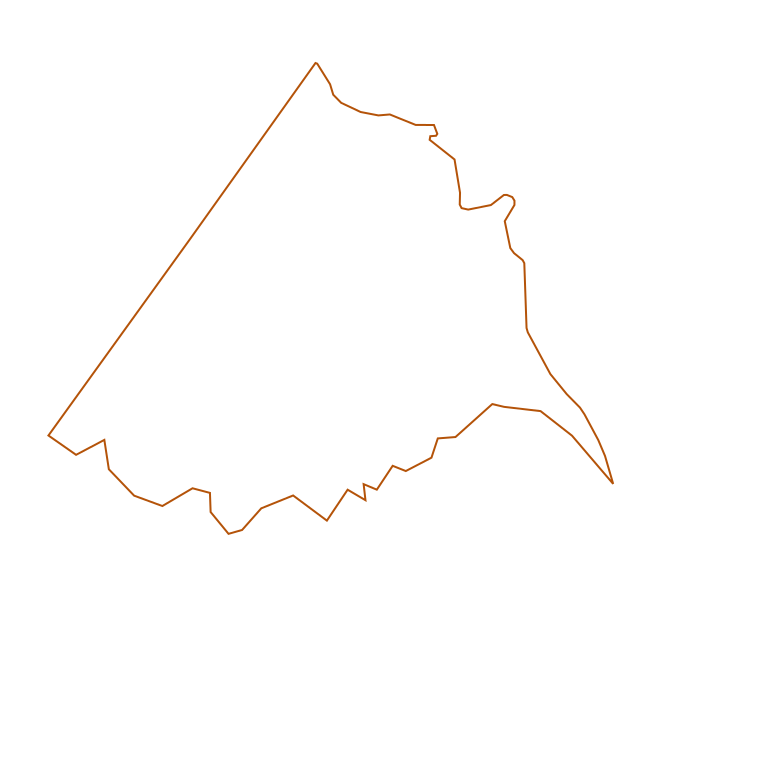 Orange, Texas, United States of America, rotated 306°
{"feature_id": "52423323B30055377123023", "entity_name": "Orange", "entity_type": "district", "adm_level": 2, "iso_a3": "USA", "parent_name": "United States of America", "parent_adm1": "Texas", "projection": "orthographic", "projection_center": [-93.846, 30.055], "detail": "fine", "context": "isolated", "style": "outline", "palette": "amber", "viewbox_px": 768, "rotation_deg": 306, "n_neighbors": 0, "source": "geoboundaries", "source_scale": "gbopen_adm2", "svg_char_len": 1006}
<svg xmlns="http://www.w3.org/2000/svg" viewBox="0 0 768 768"><g transform="rotate(306 384 384)"><path d="M385.5,141.9L145.1,142.8L145.7,176.5L174.4,190.6L153.3,211.5L146.8,247.5L155.0,276.4L187.1,290.4L193.6,307.2L178.5,319.0L171.4,346.3L182.5,355.0L211.3,357.8L240.4,376.0L239.9,418.1L277.1,416.7L279.1,437.3L291.0,426.4L294.3,440.3L322.9,439.1L326.4,452.8L352.3,465.7L371.6,459.5L383.1,473.0L431.4,483.4L436.1,494.6L454.1,526.6L452.7,566.5L437.9,628.1L455.7,605.1L464.6,590.3L477.3,564.0L480.1,556.4L483.2,537.8L489.8,512.8L510.3,470.0L513.1,466.4L564.2,426.5L565.7,423.4L566.3,412.3L568.2,406.3L584.5,388.4L586.7,386.0L605.5,384.3L609.0,381.8L610.6,377.9L609.2,372.3L607.4,369.9L591.6,365.3L574.6,349.6L571.9,343.4L573.7,339.8L583.4,333.1L607.1,309.1L608.4,277.4L611.7,275.8L615.4,280.2L617.7,280.1L622.9,272.2L612.2,257.3L608.0,240.5L605.5,230.3L598.0,221.6L590.3,205.2L586.3,184.1L588.2,172.9L594.8,164.2L603.9,141.7L603.4,139.9L385.5,141.9Z" fill="none" stroke="#b45309" stroke-width="2"/></g></svg>